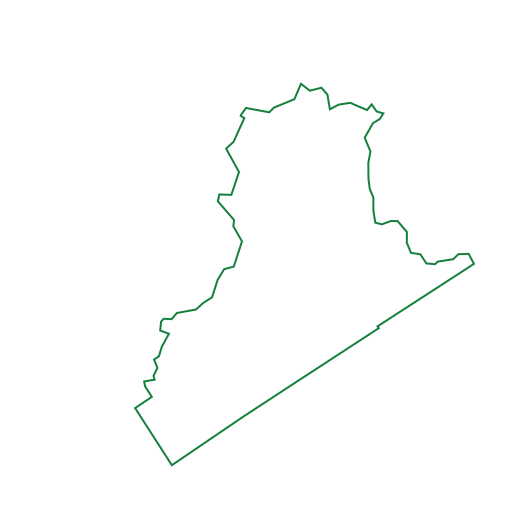 Wasatch, Utah, United States of America (Equal Earth projection), rotated 57°
{"feature_id": "52423323B18830256049393", "entity_name": "Wasatch", "entity_type": "district", "adm_level": 2, "iso_a3": "USA", "parent_name": "United States of America", "parent_adm1": "Utah", "projection": "equal_earth", "projection_center": [-111.263, 40.295], "detail": "fine", "context": "isolated", "style": "outline", "palette": "green", "viewbox_px": 512, "rotation_deg": 57, "n_neighbors": 0, "source": "geoboundaries", "source_scale": "gbopen_adm2", "svg_char_len": 1102}
<svg xmlns="http://www.w3.org/2000/svg" viewBox="0 0 512 512"><g transform="rotate(57 256 256)"><path d="M150.5,109.5L146.7,120.8L136.1,124.5L145.4,138.4L141.3,160.2L142.7,166.6L126.4,183.8L129.7,192.2L130.1,192.5L134.0,190.7L148.0,212.6L149.7,222.6L176.3,224.5L191.3,243.4L184.4,253.2L189.3,258.2L213.9,254.8L218.7,258.8L236.1,259.8L252.8,280.4L249.7,289.9L255.1,301.1L266.7,315.4L266.6,326.0L268.2,335.4L260.7,353.4L263.0,361.2L258.3,367.7L259.4,371.4L266.3,376.9L273.8,371.4L280.8,384.4L287.2,392.0L287.3,397.9L296.1,399.6L300.8,407.3L304.5,408.4L300.3,418.1L304.9,420.0L317.4,420.1L317.7,440.2L385.6,440.5L383.8,355.0L383.6,300.8L383.4,192.4L381.2,192.4L381.3,77.5L370.0,76.5L364.7,85.3L366.1,92.3L359.7,106.7L360.4,110.3L355.1,117.1L344.1,117.2L337.8,124.3L327.0,122.3L318.1,116.4L303.8,118.2L300.1,123.9L298.0,133.2L293.0,137.8L282.4,133.1L270.6,125.6L262.1,124.2L252.6,119.7L239.1,111.1L230.7,103.1L216.0,100.4L208.3,85.6L208.5,77.6L205.8,71.5L200.5,76.1L191.8,76.4L194.1,83.4L178.9,93.5L174.1,104.1L173.2,114.1L159.5,108.2L150.5,109.5Z" fill="none" stroke="#15803d" stroke-width="2"/></g></svg>